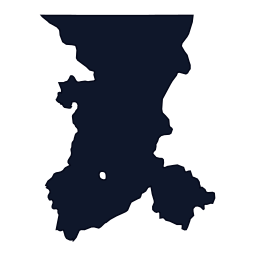 SVG path tracing the border of Koulikoro
{"feature_id": "MLI-4860", "entity_name": "Koulikoro", "entity_type": "Region", "adm_level": 1, "iso_a3": "MLI", "parent_name": "Mali", "parent_adm1": "", "projection": "orthographic", "projection_center": [-7.926, 13.476], "detail": "fine", "context": "isolated", "style": "filled", "palette": "ink", "viewbox_px": 256, "rotation_deg": 0, "n_neighbors": 0, "source": "natural_earth", "source_scale": "10m", "svg_char_len": 4389}
<svg xmlns="http://www.w3.org/2000/svg" viewBox="0 0 256 256"><path d="M49.6,199.8L49.2,199.2L49.0,198.6L48.5,197.7L48.3,197.2L48.4,195.7L49.0,194.5L49.7,193.4L50.2,192.2L50.1,191.0L49.5,189.7L48.6,188.7L46.7,187.7L47.0,187.4L47.7,186.6L45.8,185.3L48.1,181.1L50.3,179.4L52.4,177.6L54.2,174.1L56.2,173.0L58.7,172.6L61.2,171.9L63.4,170.5L64.7,168.6L65.6,167.8L70.2,165.4L69.5,164.1L68.7,163.3L68.2,162.4L68.2,161.0L68.8,159.7L71.2,155.8L71.6,154.2L71.7,152.9L71.2,149.9L71.2,149.1L71.5,148.5L71.8,147.9L72.0,147.2L72.2,143.7L72.5,142.5L72.9,141.9L73.8,140.8L74.1,140.2L74.3,139.5L74.5,138.3L75.5,134.9L75.9,134.2L76.3,133.6L76.6,133.4L77.0,133.2L77.6,132.9L78.2,132.1L78.3,131.0L78.2,129.9L77.9,128.8L77.3,127.9L75.8,126.3L75.2,124.8L74.8,124.2L74.2,123.7L73.7,123.3L73.4,122.9L73.3,122.4L72.6,116.5L72.8,115.4L73.4,114.6L74.8,113.1L75.3,112.5L76.2,110.7L76.8,110.0L77.4,109.4L77.9,108.7L78.1,107.8L78.0,107.0L78.3,105.8L78.2,105.0L77.5,103.2L76.5,102.1L75.0,101.5L73.2,101.6L72.1,101.9L71.7,102.4L71.5,103.8L70.6,105.6L70.6,106.3L71.3,106.5L70.6,107.8L69.2,108.0L64.6,107.2L63.6,106.3L62.0,103.5L61.5,104.1L61.1,104.1L60.7,103.8L60.4,103.1L60.1,102.6L59.6,102.4L59.1,102.3L58.6,102.1L56.9,100.6L56.6,100.1L56.4,99.4L56.6,99.2L56.9,99.0L57.2,98.6L57.5,97.5L57.7,97.1L58.1,96.5L58.4,95.6L58.2,93.7L58.4,92.9L59.6,92.5L60.6,92.8L61.4,92.8L61.7,91.2L61.7,89.9L61.4,88.8L59.0,82.8L63.7,82.8L65.4,82.0L67.6,81.4L69.4,78.8L70.6,76.1L71.9,75.9L73.0,76.5L74.1,77.7L75.7,80.7L77.2,82.1L78.8,82.3L81.2,81.8L85.1,81.3L88.0,81.9L90.4,81.5L93.9,81.1L95.6,80.0L95.3,79.0L94.1,74.7L94.4,73.4L94.6,71.7L93.8,70.9L89.9,69.9L86.5,66.5L83.2,64.1L77.7,60.0L76.6,58.0L76.8,54.9L77.1,50.1L76.2,46.4L75.4,45.2L72.0,44.5L66.3,44.1L62.8,41.7L60.3,35.1L59.9,30.8L59.5,29.5L57.1,26.8L49.5,22.6L48.0,21.1L45.1,18.8L42.4,16.6L41.4,15.4L48.0,15.5L48.8,15.5L53.8,15.5L57.4,15.5L61.4,15.5L65.7,15.5L70.3,15.5L77.5,15.6L85.1,15.6L93.3,15.6L101.8,15.6L110.5,15.6L119.5,15.6L128.6,15.6L137.8,15.6L147.1,15.6L156.2,15.5L165.2,15.5L173.9,15.5L182.4,15.4L190.5,15.4L192.9,15.4L192.1,22.0L188.5,33.6L186.9,36.5L181.9,43.1L181.1,46.1L184.3,51.6L187.0,55.2L188.9,61.8L190.0,65.1L190.0,68.8L188.6,70.7L187.5,72.8L185.9,73.8L179.2,72.0L177.3,72.5L176.3,75.2L172.1,80.8L170.2,84.0L162.2,98.9L161.5,109.1L162.2,112.8L165.4,116.0L168.6,119.7L169.1,125.3L169.7,126.9L171.6,128.3L172.2,129.3L170.8,133.2L169.2,134.1L164.1,134.5L160.9,135.5L158.5,137.8L157.5,141.0L155.7,144.4L155.8,146.4L155.2,149.7L153.2,151.7L152.6,153.7L153.3,154.6L156.0,157.6L159.3,158.5L162.0,158.6L163.2,159.7L163.4,162.8L162.8,166.4L163.5,167.6L165.1,167.7L167.4,166.6L173.5,165.6L177.4,165.1L179.8,166.1L183.5,167.5L184.9,171.5L185.9,172.2L188.4,171.3L190.2,171.1L191.0,173.5L192.2,177.1L194.5,177.9L197.3,179.2L199.1,182.1L199.3,184.3L200.0,186.2L200.0,187.7L202.0,187.4L204.9,189.6L205.9,192.0L207.7,192.8L212.6,192.5L214.2,193.2L214.6,198.1L212.6,203.2L210.6,203.0L206.9,204.2L205.3,204.1L203.7,204.9L203.9,207.4L204.0,208.8L203.3,209.3L200.7,206.8L197.9,205.8L195.2,206.0L192.8,208.6L192.8,211.2L193.5,215.4L190.1,218.8L189.5,221.1L188.3,224.5L187.5,226.8L186.2,229.5L184.6,229.7L182.2,228.6L182.5,225.3L181.6,224.3L176.9,224.3L169.8,221.0L165.9,220.0L164.2,218.0L162.8,217.5L160.1,218.0L160.0,212.8L158.9,211.5L156.4,212.2L154.8,211.5L152.9,209.6L152.8,206.6L154.5,202.6L154.4,200.7L152.4,193.9L151.4,187.8L150.8,186.2L147.8,187.3L145.6,190.9L143.2,192.5L141.4,193.3L140.6,196.2L139.8,197.7L137.8,198.5L132.4,201.3L131.0,202.1L129.6,205.0L127.5,210.0L125.8,211.4L122.2,213.1L116.4,215.7L110.2,219.1L106.1,222.3L104.7,222.8L100.7,226.7L98.8,227.9L94.2,226.7L91.4,226.8L84.5,229.5L81.0,229.4L79.1,230.3L76.0,237.3L73.9,239.9L73.2,240.6L72.9,239.5L72.6,238.8L71.2,239.9L69.8,239.8L66.8,238.4L66.2,237.6L65.6,236.5L65.1,235.4L64.9,234.4L63.7,230.4L63.0,229.9L62.2,230.0L61.3,230.4L60.2,230.6L59.2,230.3L58.3,229.7L57.4,229.3L56.4,229.4L59.2,215.1L59.1,214.5L58.9,213.9L58.5,213.4L58.2,212.8L58.1,211.6L58.2,210.5L58.0,209.6L57.0,208.7L55.8,208.5L54.6,208.7L53.4,208.6L52.4,207.8L52.2,206.7L52.4,205.5L53.2,203.3L53.3,202.1L52.9,200.8L52.2,199.8L51.3,199.4L50.3,199.8L49.6,199.8ZM103.9,180.1L105.7,179.6L106.3,178.3L106.4,176.7L106.3,175.0L106.0,173.5L105.2,172.2L104.0,171.5L102.6,171.2L101.1,171.3L99.9,171.9L99.2,173.0L98.9,174.6L99.2,176.7L99.7,178.1L100.6,178.6L101.1,179.3L102.1,179.6L103.9,180.1Z" fill="#0f172a" stroke="#020617" stroke-width="1.5"/></svg>